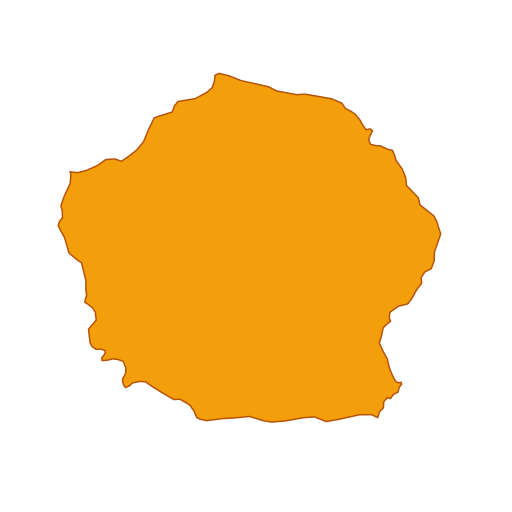 the district of San Antonio, Canelones, Uruguay, rotated 256°
{"feature_id": "84410073B59518744288297", "entity_name": "San Antonio", "entity_type": "district", "adm_level": 2, "iso_a3": "URY", "parent_name": "Uruguay", "parent_adm1": "Canelones", "projection": "natural_earth1", "projection_center": [-56.083, -34.423], "detail": "fine", "context": "isolated", "style": "filled", "palette": "amber", "viewbox_px": 512, "rotation_deg": 256, "n_neighbors": 0, "source": "geoboundaries", "source_scale": "gbopen_adm2", "svg_char_len": 2075}
<svg xmlns="http://www.w3.org/2000/svg" viewBox="0 0 512 512"><g transform="rotate(256 256 256)"><path d="M69.8,335.0L75.3,338.5L77.8,342.9L83.7,344.7L86.8,349.2L85.1,352.0L88.5,355.8L89.6,360.9L93.9,363.2L96.5,366.3L98.2,366.3L98.8,362.9L101.2,360.9L107.9,359.4L115.7,358.3L124.6,358.5L131.7,356.5L141.6,354.6L148.8,358.7L155.6,362.1L158.5,367.0L160.2,370.8L163.7,370.3L169.0,372.3L170.6,376.4L172.8,381.9L172.8,391.5L176.6,396.4L184.5,403.9L189.4,410.1L195.2,411.1L199.7,416.0L201.4,423.1L208.5,427.8L216.7,430.1L225.1,435.6L232.8,440.6L238.1,440.1L245.4,439.8L251.6,438.4L265.8,427.6L273.4,427.5L288.0,419.1L296.0,420.2L305.0,418.9L315.0,415.0L319.5,414.9L325.6,413.9L327.4,409.9L332.8,403.4L334.2,398.7L336.7,394.1L341.7,393.5L346.0,396.4L349.1,399.3L351.7,397.6L351.9,393.4L356.4,391.5L362.7,389.8L369.3,386.7L373.3,383.3L377.5,378.4L383.5,376.3L390.2,367.5L395.4,355.9L401.2,342.7L402.8,334.2L411.2,315.9L417.1,309.2L429.7,284.1L437.2,273.7L442.2,264.2L441.3,260.0L435.3,257.7L430.1,254.4L426.8,248.2L423.4,235.1L424.8,217.7L421.6,213.4L416.0,209.6L415.2,196.2L414.6,190.7L405.5,183.0L394.1,174.5L387.7,165.9L383.0,155.4L380.5,148.3L384.4,142.3L385.9,133.5L382.2,124.0L380.1,112.4L380.0,103.2L382.6,96.0L379.7,96.1L371.6,93.4L360.4,84.4L352.1,78.9L346.6,78.9L340.2,77.6L337.2,73.8L333.2,71.4L328.1,72.5L320.1,74.7L304.1,75.3L296.6,80.7L291.5,85.1L273.3,85.0L264.5,82.8L258.4,82.0L255.6,80.1L252.5,78.7L250.2,81.0L245.5,84.7L240.5,86.5L232.5,85.5L225.6,75.8L218.9,74.9L211.9,74.0L207.4,75.2L204.1,78.2L203.2,83.0L200.9,86.6L198.4,86.3L196.0,83.8L194.5,81.7L191.8,81.4L190.9,85.8L190.8,92.4L189.0,96.9L186.0,101.6L179.1,102.7L174.4,101.4L171.0,98.8L168.9,96.7L166.1,96.2L162.3,96.4L159.9,97.6L160.6,101.8L162.7,105.2L162.5,112.4L160.7,118.3L153.7,124.4L144.3,133.6L136.5,141.7L135.5,147.5L127.7,155.5L120.6,158.3L116.3,159.0L113.5,159.5L110.9,162.6L108.2,168.4L106.3,184.3L104.0,196.6L101.9,210.8L94.3,223.5L91.1,230.9L88.9,244.3L87.6,263.3L85.6,274.0L78.4,284.0L77.5,296.4L76.9,318.3L74.1,329.7L69.8,335.0Z" fill="#f59e0b" stroke="#b45309" stroke-width="1.5"/></g></svg>